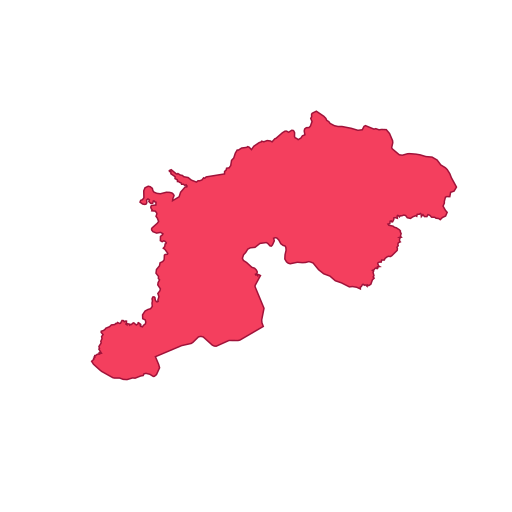 outline of Nong Muang Khai, Phrae, Thailand, rotated 126°
{"feature_id": "78962969B85613240213831", "entity_name": "Nong Muang Khai", "entity_type": "district", "adm_level": 2, "iso_a3": "THA", "parent_name": "Thailand", "parent_adm1": "Phrae", "projection": "robinson", "projection_center": [100.171, 18.294], "detail": "fine", "context": "isolated", "style": "filled", "palette": "rose", "viewbox_px": 512, "rotation_deg": 126, "n_neighbors": 0, "source": "geoboundaries", "source_scale": "gbopen_adm2", "svg_char_len": 6136}
<svg xmlns="http://www.w3.org/2000/svg" viewBox="0 0 512 512"><g transform="rotate(126 256 256)"><path d="M103.4,292.3L107.4,294.4L108.6,294.4L110.7,292.8L112.5,292.6L114.3,289.7L119.0,288.3L120.9,288.6L122.6,290.7L124.6,291.3L126.5,290.5L129.2,287.7L131.5,289.1L134.2,289.0L137.1,290.3L137.0,292.4L137.4,293.6L136.8,295.0L133.6,297.2L132.7,298.8L132.6,299.8L133.3,301.0L136.7,302.3L137.0,304.6L137.9,305.9L140.8,307.1L149.1,309.0L150.1,309.7L154.2,310.1L154.5,312.0L156.0,314.8L159.0,316.8L159.8,318.9L160.5,318.8L162.6,320.2L168.5,322.3L172.6,322.2L172.0,325.5L172.4,327.0L173.6,327.4L177.1,331.1L180.7,332.5L181.3,333.5L184.9,333.2L189.8,331.6L193.0,332.0L197.7,329.6L200.5,329.6L202.3,331.4L203.8,330.7L206.1,331.1L208.1,329.7L221.3,342.8L223.3,343.2L223.5,344.3L226.4,344.5L228.6,346.1L229.1,347.1L231.2,347.6L232.6,352.9L232.4,357.0L234.3,361.0L234.1,362.9L235.0,364.8L235.2,367.7L236.1,368.0L236.4,368.8L236.0,375.3L237.5,376.2L238.0,376.3L238.5,375.6L237.8,374.5L239.5,373.2L239.4,368.0L241.0,367.0L240.6,364.5L241.9,363.3L241.2,362.6L241.4,361.4L240.9,359.7L241.7,358.4L240.6,356.8L240.7,355.3L239.5,354.4L240.0,353.9L239.9,352.9L240.8,352.6L241.8,353.9L248.7,354.5L253.3,353.0L260.3,356.0L258.7,356.9L255.3,357.8L254.6,359.1L254.4,361.0L255.3,363.3L257.1,366.0L261.9,370.0L263.6,373.1L264.3,376.1L263.7,377.9L262.2,379.6L262.1,382.3L262.9,384.2L266.1,385.9L269.3,385.1L274.8,380.9L277.2,381.0L278.8,382.0L280.6,381.5L280.6,378.3L279.8,376.5L278.8,375.5L277.1,375.6L275.1,377.4L273.3,377.0L273.2,375.3L274.9,374.7L275.3,372.1L274.0,370.6L271.8,371.4L271.3,370.4L271.7,369.7L271.3,368.5L273.6,367.0L276.6,370.3L278.3,369.9L279.3,368.6L279.6,367.3L280.7,366.9L278.9,363.9L279.5,361.8L280.1,361.0L282.7,360.2L283.3,358.2L285.3,355.1L287.5,355.1L294.4,356.6L295.5,356.4L296.3,355.7L296.9,353.7L295.9,349.9L293.0,347.1L292.7,344.4L293.6,344.1L296.3,344.8L299.8,342.4L299.6,340.3L298.0,339.6L297.6,338.4L298.0,336.4L298.8,336.1L299.7,336.6L302.0,335.4L304.2,335.6L304.2,333.5L305.7,328.9L306.7,328.7L308.2,330.4L309.2,330.6L313.0,328.1L315.3,328.2L317.9,329.6L320.7,328.3L325.4,328.6L328.7,326.8L329.8,322.9L331.6,321.8L332.0,320.0L335.0,319.6L337.1,318.5L338.8,314.0L340.7,313.3L344.0,313.4L346.0,310.6L349.4,309.5L350.1,308.5L350.9,308.7L351.5,309.6L350.9,311.5L349.0,313.4L349.0,314.6L349.9,315.4L351.8,314.9L353.2,313.4L355.2,312.5L357.7,310.3L360.6,310.3L362.8,312.0L365.7,313.4L370.3,313.2L373.3,310.8L372.8,308.0L374.3,306.3L375.9,305.6L378.3,306.3L380.0,306.2L380.7,308.0L380.5,308.6L379.9,308.5L379.6,309.3L379.1,309.2L379.0,311.9L379.4,312.1L379.9,311.5L382.2,312.3L381.9,315.6L383.0,316.3L384.7,316.5L385.2,317.5L386.1,317.5L385.6,318.7L386.8,320.9L387.5,320.2L387.5,321.3L386.3,321.4L384.8,322.5L385.5,323.5L386.6,324.0L386.2,325.3L386.9,326.5L390.1,326.1L390.8,326.8L391.2,329.0L392.5,328.9L393.0,329.8L394.5,330.0L396.8,332.5L399.2,332.9L402.8,335.1L404.2,335.0L406.1,335.7L407.8,337.0L408.8,336.4L409.5,333.5L411.9,333.6L413.4,332.0L416.3,331.4L416.9,330.5L417.9,330.1L421.5,329.9L422.9,328.2L423.7,328.4L425.5,323.9L426.0,324.4L426.2,326.0L426.8,326.0L427.4,325.0L428.7,326.6L430.7,327.2L431.3,327.9L431.8,327.4L432.6,327.6L432.9,326.8L434.2,327.3L434.8,326.5L437.8,327.1L439.1,323.8L440.0,315.3L440.1,313.0L438.6,300.3L438.0,298.9L434.9,294.6L433.9,291.0L431.8,287.7L427.2,284.2L425.9,282.0L420.9,278.8L419.0,277.0L417.2,277.4L415.6,276.0L414.1,272.4L413.8,268.3L413.1,267.5L410.5,266.8L403.1,268.3L400.9,271.1L396.6,278.2L372.2,263.5L364.8,257.0L363.0,256.3L355.2,255.0L353.4,253.3L352.5,251.1L353.8,239.0L353.4,236.9L352.4,235.2L340.2,228.2L335.0,220.9L333.5,219.6L308.7,208.7L306.5,212.0L304.4,213.8L293.6,218.8L281.4,238.7L280.4,239.4L269.2,240.9L269.5,243.0L270.0,243.6L270.9,243.1L270.6,244.2L271.5,245.0L271.1,245.7L269.8,245.0L269.0,245.1L267.9,245.9L267.1,247.7L266.7,250.0L267.6,252.7L266.8,259.8L267.0,263.6L265.8,265.7L262.2,266.8L259.3,266.4L255.3,266.7L252.7,265.4L249.6,261.9L243.5,260.2L239.1,255.6L238.9,253.9L239.6,250.6L239.0,249.4L237.4,249.2L233.0,250.1L231.3,252.2L229.9,251.2L229.2,249.9L229.6,247.1L231.5,243.1L231.5,240.1L230.8,238.7L231.4,237.0L233.6,235.1L238.0,233.2L241.5,230.9L242.8,227.9L242.9,225.8L242.2,223.8L236.7,218.8L234.1,214.5L232.1,212.1L229.6,210.1L228.9,208.7L228.1,205.7L230.3,197.3L230.6,190.8L228.8,184.4L229.4,177.3L227.5,171.1L226.1,162.3L224.0,160.0L222.1,156.2L221.3,152.2L219.8,153.3L218.8,152.8L216.5,153.1L215.9,152.7L216.0,151.2L215.4,151.0L215.0,150.1L215.2,148.3L213.9,149.0L213.7,147.4L211.3,146.5L206.9,147.8L204.5,147.4L204.1,148.9L202.6,149.0L200.4,151.7L199.0,152.0L199.1,153.3L197.4,152.4L196.1,152.4L195.0,151.7L195.1,150.6L194.0,150.4L193.3,151.3L191.9,149.8L192.0,150.8L190.7,153.0L189.7,153.3L188.5,152.7L187.3,151.1L185.5,152.0L183.8,149.8L182.2,150.2L179.8,149.5L178.4,148.7L177.4,146.9L175.9,146.3L168.5,145.1L166.9,145.9L166.1,147.1L164.0,147.0L163.2,148.1L161.7,148.6L159.8,147.6L159.7,148.4L158.1,149.7L156.8,150.0L156.9,151.0L155.4,149.5L155.1,150.8L152.5,151.8L151.6,153.6L150.9,153.8L150.5,155.4L150.7,159.1L151.4,160.9L151.3,162.7L153.1,166.7L152.6,168.0L151.1,166.8L149.0,167.9L148.1,167.2L148.6,166.3L148.1,165.6L145.5,166.0L144.1,166.9L143.1,165.9L142.4,163.8L140.8,165.3L139.9,165.3L139.6,164.5L140.1,163.0L138.6,162.9L137.8,161.7L136.0,160.5L135.3,158.8L136.1,156.1L134.8,153.1L132.2,152.2L129.5,150.5L129.4,149.3L127.5,150.1L126.2,148.4L125.0,148.1L125.0,147.2L126.9,145.4L124.4,145.3L125.1,142.9L123.7,140.9L121.4,141.2L120.9,139.1L121.4,136.8L119.6,134.1L119.7,132.7L118.3,130.2L118.3,128.3L115.3,127.8L112.2,126.1L108.3,127.0L107.7,129.6L105.7,134.0L102.5,134.7L101.0,135.8L97.1,137.3L95.8,136.6L94.1,134.1L90.1,136.0L87.1,133.9L82.4,134.3L77.8,144.0L75.5,147.6L73.7,152.1L73.3,154.5L73.7,160.1L71.9,165.9L72.5,171.7L75.7,177.0L77.7,182.7L79.6,186.5L82.9,191.9L84.2,193.5L88.5,196.9L89.9,199.6L89.2,208.8L88.5,210.0L84.0,211.9L82.4,213.3L78.4,220.0L77.2,224.9L79.9,228.9L81.6,230.6L82.6,234.0L84.0,235.1L86.2,244.1L87.7,244.8L91.4,244.2L94.4,247.4L96.7,254.0L100.7,262.6L103.0,265.7L104.5,269.2L105.2,274.0L104.5,276.1L104.7,278.5L103.6,280.4L103.1,283.3L103.4,292.3Z" fill="#f43f5e" stroke="#9f1239" stroke-width="1.5"/></g></svg>